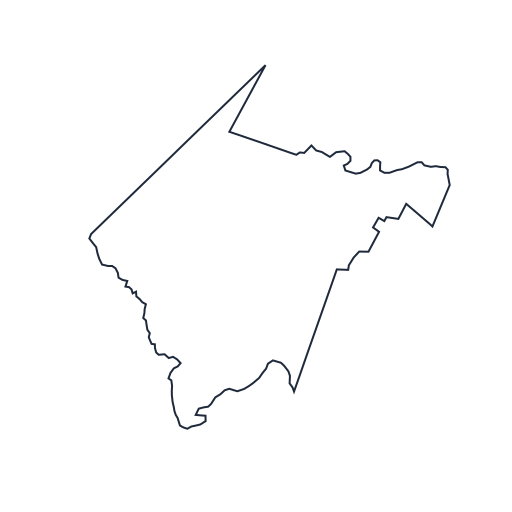 Cabaceiras, Paraíba, Brazil (Natural Earth projection), rotated 17°
{"feature_id": "56859067B3444043587564", "entity_name": "Cabaceiras", "entity_type": "district", "adm_level": 2, "iso_a3": "BRA", "parent_name": "Brazil", "parent_adm1": "Paraíba", "projection": "natural_earth1", "projection_center": [-36.284, -7.453], "detail": "fine", "context": "isolated", "style": "outline", "palette": "slate", "viewbox_px": 512, "rotation_deg": 17, "n_neighbors": 0, "source": "geoboundaries", "source_scale": "gbopen_adm2", "svg_char_len": 2045}
<svg xmlns="http://www.w3.org/2000/svg" viewBox="0 0 512 512"><g transform="rotate(17 256 256)"><path d="M332.0,374.5L332.7,357.9L333.7,331.4L336.5,263.5L337.2,245.2L348.2,242.3L347.5,237.7L349.9,228.8L353.4,221.6L362.3,219.0L366.6,196.9L359.6,194.5L362.1,183.6L368.5,185.1L369.4,180.7L381.3,178.9L384.4,162.2L412.6,174.5L416.1,176.2L420.5,131.5L415.2,121.5L414.2,117.5L411.2,115.7L406.2,117.0L401.8,117.5L397.1,119.6L390.5,120.1L387.0,117.9L383.0,119.2L376.0,125.9L370.1,130.4L365.9,132.5L359.3,137.4L354.5,138.9L349.6,137.9L348.4,133.9L347.5,130.0L344.2,128.9L341.2,130.0L339.6,133.3L339.3,137.3L336.9,140.8L331.5,146.0L327.3,148.1L316.5,148.1L313.5,143.8L316.3,141.4L318.5,137.4L317.3,133.5L313.9,131.5L310.1,129.9L302.3,133.3L297.7,139.6L292.8,138.4L288.6,137.3L282.7,137.5L276.7,134.1L272.0,143.3L267.6,144.2L265.0,147.4L260.1,147.3L225.9,146.0L194.2,145.0L209.3,70.7L157.6,164.2L144.2,188.6L91.9,283.2L91.5,288.0L96.0,291.2L100.6,294.3L103.7,299.9L106.9,304.5L111.3,309.2L117.6,308.8L121.3,307.6L125.2,308.8L128.8,312.5L130.9,316.9L135.2,317.9L140.2,317.5L140.1,323.4L143.7,322.9L146.7,324.3L149.0,327.8L151.7,325.2L153.4,329.6L157.5,331.3L160.6,333.4L164.8,334.3L165.0,339.1L166.0,343.4L166.3,348.3L169.6,349.8L171.4,353.7L173.7,358.3L177.0,360.9L177.2,365.0L179.5,367.9L181.9,370.6L185.1,370.0L186.3,373.6L188.8,377.5L191.9,378.9L197.3,376.7L202.4,379.1L206.1,376.7L210.7,377.9L215.2,380.5L213.5,384.4L210.3,387.4L208.4,392.8L208.1,398.6L211.4,399.7L213.7,404.7L214.9,409.6L216.2,413.6L218.9,419.9L221.7,424.8L223.4,428.2L225.7,431.4L228.3,433.7L230.4,436.8L232.8,440.3L236.1,441.1L240.8,441.3L244.1,437.9L248.3,435.6L252.0,433.4L256.1,428.6L254.4,423.5L250.1,424.5L244.8,425.6L245.9,418.7L250.5,415.9L254.3,414.1L256.3,410.6L258.4,403.1L262.4,398.6L265.3,393.6L269.2,390.8L273.3,390.8L277.7,390.8L283.5,386.6L287.1,382.6L290.4,378.3L294.6,371.8L296.4,366.2L298.6,360.7L298.9,355.5L302.7,350.9L311.1,350.8L315.1,352.8L320.8,356.9L323.5,360.7L325.4,368.0L329.3,370.9L332.0,374.5Z" fill="none" stroke="#1e293b" stroke-width="2"/></g></svg>